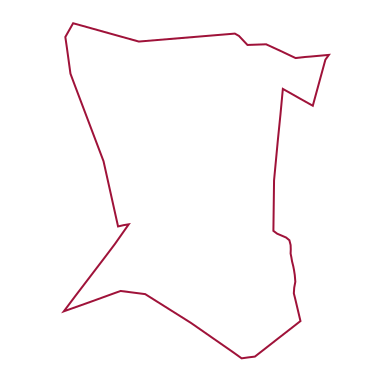 outline of Irecê, Bahia, Brazil, rotated 272°
{"feature_id": "56859067B47886484176392", "entity_name": "Irecê", "entity_type": "district", "adm_level": 2, "iso_a3": "BRA", "parent_name": "Brazil", "parent_adm1": "Bahia", "projection": "robinson", "projection_center": [-41.852, -11.308], "detail": "fine", "context": "isolated", "style": "outline", "palette": "rose", "viewbox_px": 384, "rotation_deg": 272, "n_neighbors": 0, "source": "geoboundaries", "source_scale": "gbopen_adm2", "svg_char_len": 851}
<svg xmlns="http://www.w3.org/2000/svg" viewBox="0 0 384 384"><g transform="rotate(272 192 192)"><path d="M333.8,324.0L331.5,305.8L330.9,300.4L329.5,290.8L336.1,275.5L342.2,260.9L340.9,242.3L349.6,233.5L351.8,229.3L340.5,133.6L356.5,67.3L342.5,60.0L331.4,62.0L306.0,66.4L293.7,71.5L219.7,102.5L155.0,119.3L156.5,124.9L157.5,129.9L137.4,116.8L124.7,107.9L83.8,78.9L68.3,68.1L78.8,94.7L88.1,117.8L90.6,124.1L88.3,148.8L61.2,195.4L32.7,239.6L27.5,247.4L28.6,253.6L29.7,260.6L48.5,283.0L66.8,304.9L89.1,298.8L94.3,297.3L100.0,297.5L105.9,298.4L112.6,297.6L117.4,296.7L121.3,295.8L126.2,294.4L130.1,293.6L133.9,292.7L138.1,292.7L142.4,292.4L147.2,291.0L149.8,287.6L151.6,283.0L153.3,278.6L156.0,274.7L206.5,273.6L246.9,276.0L272.6,277.7L298.2,279.2L288.9,297.1L282.4,309.7L328.9,320.7L333.8,324.0Z" fill="none" stroke="#9f1239" stroke-width="2"/></g></svg>